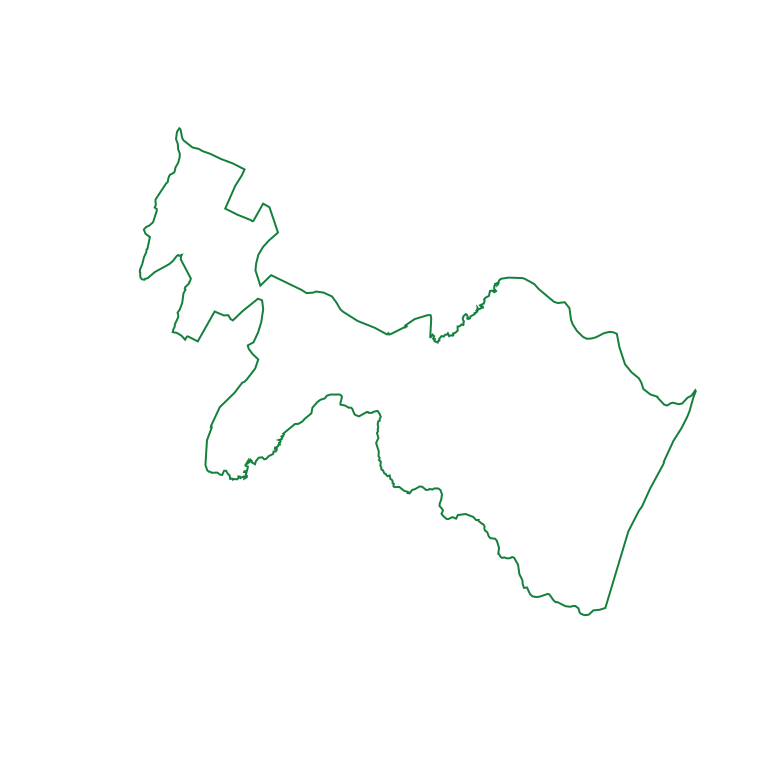 the district of Kibaha, Pwani, United Republic of Tanzania, rotated 207°
{"feature_id": "72390352B76192804660906", "entity_name": "Kibaha", "entity_type": "district", "adm_level": 2, "iso_a3": "TZA", "parent_name": "United Republic of Tanzania", "parent_adm1": "Pwani", "projection": "natural_earth1", "projection_center": [38.677, -6.806], "detail": "fine", "context": "isolated", "style": "outline", "palette": "green", "viewbox_px": 768, "rotation_deg": 207, "n_neighbors": 0, "source": "geoboundaries", "source_scale": "gbopen_adm2", "svg_char_len": 6139}
<svg xmlns="http://www.w3.org/2000/svg" viewBox="0 0 768 768"><g transform="rotate(207 384 384)"><path d="M103.8,519.7L104.7,513.3L107.3,509.6L109.5,502.0L112.1,499.8L118.1,498.5L119.8,497.0L121.9,493.4L125.0,492.8L134.4,496.2L134.6,496.8L141.8,495.6L150.6,497.3L155.4,502.1L159.5,504.8L168.8,506.8L178.2,511.0L190.9,523.6L199.3,534.4L203.2,534.2L206.8,532.8L211.2,529.0L216.3,521.9L219.6,518.9L223.7,516.4L228.1,516.3L236.2,518.9L242.9,522.8L246.5,526.1L253.2,535.8L260.1,538.9L266.0,535.0L269.9,534.4L288.7,538.7L295.6,541.3L306.6,541.6L309.0,541.1L321.4,535.3L327.6,530.8L328.5,528.3L327.6,525.2L328.4,524.7L327.8,524.4L328.0,523.6L328.7,525.0L328.7,525.8L330.5,523.4L329.9,522.5L330.2,521.3L328.5,517.9L327.4,518.3L326.3,517.7L327.4,515.8L330.1,516.3L331.8,515.0L330.5,510.1L332.8,506.9L333.2,504.7L332.1,503.9L331.6,501.1L334.2,497.6L333.0,497.2L331.1,497.8L330.5,497.1L333.6,493.5L335.3,494.4L334.6,493.3L335.0,491.4L333.9,491.3L334.1,489.5L335.5,488.4L335.0,487.3L337.6,483.5L337.2,481.5L338.6,480.1L339.5,480.1L339.7,481.7L341.8,483.4L343.0,483.3L343.9,480.5L343.7,478.4L342.8,477.0L341.1,476.0L341.0,474.4L340.1,473.2L340.3,472.4L342.0,472.2L342.6,470.0L344.5,468.6L342.6,465.0L343.7,462.1L345.4,460.3L344.4,459.1L344.5,458.4L346.4,457.8L347.7,456.2L350.1,458.2L350.4,456.6L352.0,455.5L352.3,453.4L354.5,452.8L355.3,449.2L354.3,447.9L355.3,446.7L355.0,445.3L358.6,445.2L359.0,447.0L360.2,446.3L360.9,446.9L360.9,449.3L363.1,450.0L363.6,446.8L364.1,446.8L371.8,464.1L373.8,466.5L376.3,465.2L386.1,455.8L391.5,446.0L389.9,445.7L390.8,444.0L391.3,444.2L400.6,431.6L401.9,430.4L403.2,431.3L403.9,429.5L417.7,429.9L436.1,428.2L453.2,429.8L456.6,430.6L463.2,434.9L470.1,438.4L479.3,438.0L486.6,435.5L488.4,433.4L494.3,429.8L499.9,430.4L534.0,429.7L538.8,415.5L550.1,426.9L552.6,433.3L554.6,442.0L554.0,451.3L551.7,459.6L547.2,470.8L566.3,489.5L573.6,489.8L574.4,469.9L575.4,469.2L576.6,469.6L591.2,468.3L605.1,468.2L606.5,493.0L605.4,505.4L605.7,511.9L618.8,511.9L631.1,510.5L643.5,510.2L651.4,509.1L655.8,509.4L662.1,507.8L673.4,510.1L675.5,511.6L680.9,518.5L682.5,518.9L682.9,514.7L680.5,507.8L676.7,504.3L674.0,499.7L670.4,496.4L669.0,493.2L667.8,487.7L668.1,482.4L667.0,478.2L667.3,476.6L669.8,473.0L669.7,470.2L668.4,465.7L669.2,463.7L671.3,444.8L670.7,443.1L668.7,440.4L668.4,437.1L666.0,436.8L665.1,435.2L663.2,423.2L665.1,418.5L667.1,416.1L668.1,412.6L664.7,409.6L659.3,408.7L656.1,396.8L656.6,396.2L655.7,393.6L655.4,387.9L653.8,381.0L653.4,375.6L652.5,372.9L651.5,372.3L650.6,370.1L649.0,368.1L647.0,367.4L644.7,368.2L644.6,369.3L642.6,371.0L639.1,379.6L629.8,393.3L628.0,397.7L626.7,404.2L625.9,405.5L624.8,405.2L622.8,407.2L622.7,405.2L621.6,402.7L604.0,390.3L603.5,387.6L603.9,386.7L603.3,385.3L605.1,379.9L604.7,378.3L603.7,378.0L603.8,373.6L600.6,364.7L599.8,358.1L600.3,353.8L598.3,351.6L597.7,349.9L597.4,342.1L596.5,340.1L596.5,337.0L595.8,334.3L591.8,335.5L586.4,335.1L581.3,333.2L581.2,336.6L580.4,337.4L569.3,337.4L567.8,371.7L557.8,372.4L554.0,374.6L550.1,372.2L547.5,372.1L543.2,384.5L535.0,402.8L530.6,403.2L525.6,395.8L521.5,383.6L519.6,372.8L519.2,361.9L522.9,356.5L520.5,353.9L514.9,351.1L507.2,348.8L505.8,339.3L508.4,325.3L509.4,322.4L510.9,320.9L513.2,308.3L519.8,288.8L519.1,268.4L518.7,267.1L518.1,267.5L517.7,266.9L516.2,253.5L506.3,230.7L502.2,226.8L500.1,226.4L499.0,227.0L497.4,226.6L492.3,229.4L488.9,228.8L486.9,229.5L487.1,234.1L485.3,235.0L481.9,232.8L480.3,232.7L478.0,229.6L476.7,230.7L475.4,230.2L475.4,230.8L471.6,232.4L470.8,234.7L471.7,235.5L470.4,236.1L469.1,235.1L467.2,237.8L466.3,238.2L465.5,236.2L464.4,238.0L464.1,238.9L464.9,239.4L464.6,239.9L466.0,240.5L466.4,242.9L468.7,242.1L468.7,243.0L466.8,244.0L467.1,246.4L467.7,248.6L470.3,248.3L470.8,249.6L469.6,251.0L470.4,251.7L470.2,254.5L468.7,252.9L467.9,254.4L468.6,255.9L467.1,255.5L466.0,254.1L462.5,254.0L463.1,256.9L462.2,261.4L459.2,263.4L456.5,262.5L455.1,263.7L453.8,267.7L451.2,271.0L451.0,271.6L451.8,273.7L449.8,274.8L449.6,276.5L450.1,277.2L451.7,276.6L452.2,277.9L450.6,278.4L451.0,279.2L450.2,280.3L450.5,281.7L449.2,282.8L450.8,283.9L449.9,285.0L450.5,286.5L452.4,286.3L450.1,288.7L450.3,290.1L451.0,290.4L450.6,291.2L451.2,291.2L450.3,292.6L450.3,293.8L451.2,294.1L445.2,307.9L442.1,309.7L439.7,313.6L438.8,317.1L435.4,324.8L437.0,330.4L435.2,337.6L433.5,341.1L430.2,344.3L429.6,347.6L426.9,350.3L419.0,354.4L417.3,354.5L415.6,353.5L414.1,346.9L413.3,345.9L409.1,347.1L404.5,346.9L402.8,347.9L401.1,347.6L396.8,343.8L395.4,343.4L391.6,343.8L386.5,351.4L385.7,351.8L384.8,351.2L381.6,352.8L380.8,354.4L377.6,357.1L375.0,355.8L372.0,353.4L371.9,350.7L371.2,349.3L372.2,348.0L371.4,345.4L369.3,342.5L369.2,341.0L367.8,338.9L368.1,337.2L364.5,333.5L364.2,327.8L358.0,321.5L356.1,317.2L354.2,316.1L353.8,313.8L351.7,313.5L349.9,309.2L348.4,308.4L347.6,306.6L345.6,306.6L343.3,304.6L341.1,304.5L340.2,303.7L338.9,303.5L337.4,305.1L335.1,302.2L333.8,302.3L332.2,301.3L331.3,299.5L329.9,299.5L329.3,297.3L328.0,296.8L323.6,299.2L317.9,298.0L313.6,298.7L313.6,297.6L312.9,297.6L311.4,298.4L310.8,302.5L308.7,304.3L305.7,308.9L303.2,309.8L298.5,308.7L296.4,309.9L295.6,311.3L293.2,311.8L291.5,314.0L288.0,315.6L285.6,315.1L282.2,312.0L280.5,306.8L280.1,302.9L279.2,300.6L274.6,298.6L274.0,298.0L273.9,294.5L271.7,293.4L267.1,292.2L265.6,292.6L262.5,296.5L258.7,296.7L258.7,300.8L252.2,305.2L244.2,306.1L240.2,304.6L238.2,305.7L238.2,305.1L233.5,304.0L231.7,304.1L229.7,302.7L228.9,300.6L227.5,299.3L224.7,298.8L221.5,295.8L219.2,294.9L214.8,296.6L212.3,295.6L207.1,290.2L205.1,284.6L204.4,284.8L201.9,283.0L199.9,282.6L198.1,284.1L195.2,284.5L192.7,286.0L191.3,288.0L189.1,288.2L182.5,283.8L177.0,276.0L171.6,272.0L169.7,268.8L166.7,265.9L164.2,267.6L158.5,263.1L155.3,262.2L151.9,263.2L149.1,264.9L142.7,271.4L140.9,271.5L134.7,268.2L131.7,267.5L130.7,268.4L121.4,268.4L116.6,270.2L115.5,271.5L112.8,273.1L108.9,272.4L105.8,269.1L104.2,268.7L100.6,269.0L97.9,270.6L96.8,271.6L94.7,277.3L89.3,280.8L85.1,284.9L99.4,363.8L99.3,387.0L98.5,392.0L99.4,411.7L98.7,438.8L98.9,441.3L99.4,441.7L100.3,464.7L98.9,479.6L98.9,492.2L99.4,498.2L102.3,512.8L102.9,519.1L103.8,519.7Z" fill="none" stroke="#15803d" stroke-width="2"/></g></svg>